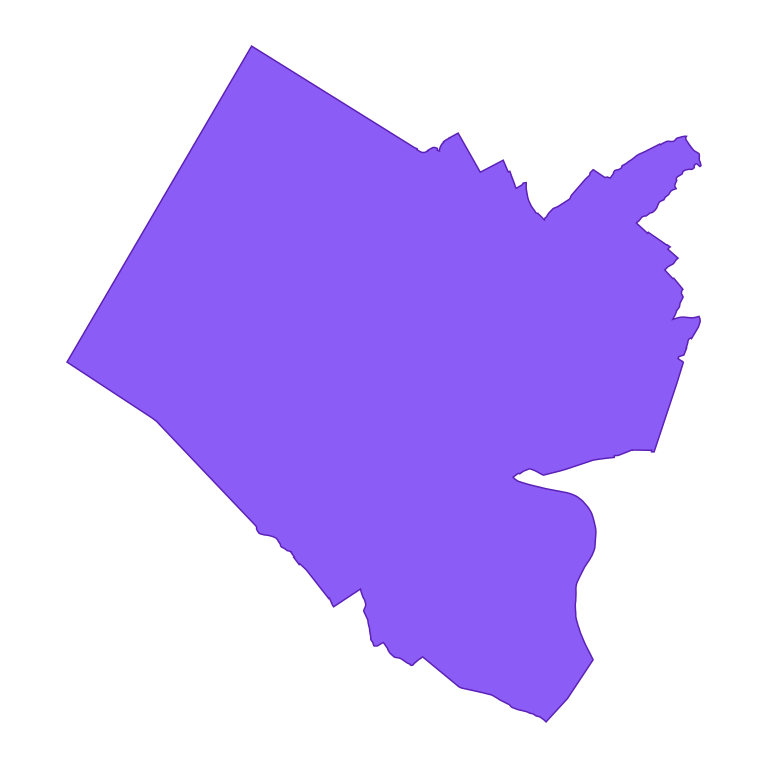 outline of Katwijk, Zuid-Holland, Netherlands
{"feature_id": "6326949B10451218555657", "entity_name": "Katwijk", "entity_type": "district", "adm_level": 2, "iso_a3": "NLD", "parent_name": "Netherlands", "parent_adm1": "Zuid-Holland", "projection": "albers", "projection_center": [4.44, 52.19], "detail": "fine", "context": "isolated", "style": "filled", "palette": "violet", "viewbox_px": 768, "rotation_deg": 0, "n_neighbors": 0, "source": "geoboundaries", "source_scale": "gbopen_adm2", "svg_char_len": 6118}
<svg xmlns="http://www.w3.org/2000/svg" viewBox="0 0 768 768"><path d="M546.1,721.9L548.8,718.9L567.5,698.5L593.1,659.8L589.3,652.1L586.1,646.0L584.4,642.3L583.0,639.0L580.3,632.5L579.2,628.7L578.1,625.8L577.6,623.9L576.4,619.5L575.9,617.3L575.8,615.6L575.7,612.5L575.4,608.8L575.3,605.4L575.3,604.0L575.7,601.2L576.0,593.7L575.9,587.9L576.5,584.0L577.1,582.5L577.7,581.0L580.2,575.8L584.7,566.9L589.4,559.9L592.0,555.4L593.8,551.1L594.4,549.3L594.8,547.8L594.9,546.8L595.2,543.0L595.4,539.5L595.8,534.5L595.9,531.2L595.6,528.4L595.3,526.7L594.9,525.0L594.1,521.6L593.2,518.0L591.8,513.7L590.8,511.7L588.5,507.9L587.3,506.4L582.9,501.3L582.1,500.5L577.9,497.2L576.1,496.1L574.4,495.3L572.3,494.4L568.8,493.2L566.8,492.7L545.9,488.7L529.0,484.6L522.0,482.5L519.0,481.5L517.7,481.0L516.4,480.1L514.7,478.9L513.1,477.2L517.6,473.7L518.1,473.5L518.8,473.4L519.7,473.8L523.6,471.1L529.8,468.7L534.8,470.6L537.9,472.2L542.3,474.7L543.6,475.1L560.2,470.9L566.4,469.1L592.9,460.2L599.0,459.2L606.9,458.2L614.3,457.4L614.3,455.9L614.5,455.6L617.5,455.5L618.3,455.4L630.1,450.8L631.1,450.2L632.2,450.3L632.2,450.0L649.4,450.3L651.6,450.2L651.4,451.8L654.1,451.9L676.9,383.2L683.3,362.5L683.0,361.8L678.6,359.1L678.7,358.9L678.1,358.6L678.7,356.7L683.9,355.0L686.6,348.1L686.2,348.0L687.6,343.4L688.2,340.3L688.7,339.5L689.4,338.7L690.4,338.0L691.5,338.7L698.5,326.9L700.2,321.5L699.9,318.6L699.0,316.4L696.1,317.2L692.5,317.9L689.7,317.7L683.9,317.1L680.9,317.2L679.1,317.5L677.1,318.0L672.7,319.4L675.1,315.0L675.4,314.3L676.4,311.5L676.9,310.4L679.2,307.3L679.5,306.6L680.0,303.4L680.4,302.5L683.0,297.4L683.1,296.9L681.4,293.6L681.6,291.5L681.9,290.6L682.3,289.9L682.9,289.3L673.8,278.2L672.8,278.6L664.7,269.9L665.6,269.2L667.7,267.0L669.4,265.9L672.5,264.3L673.3,263.7L673.9,263.1L675.6,260.6L676.7,259.3L678.1,258.2L667.9,249.2L669.3,247.4L670.2,246.9L667.0,244.7L666.5,244.9L666.2,244.7L648.3,232.3L647.7,233.4L636.3,223.0L638.8,221.0L641.6,217.5L642.4,216.8L644.2,216.1L645.9,216.0L646.4,215.8L650.0,213.0L651.9,212.6L652.6,212.3L654.0,211.2L655.4,209.8L656.8,207.8L657.6,205.6L658.0,204.7L659.0,202.6L659.6,201.9L659.9,201.6L663.8,199.8L663.7,199.6L664.1,199.3L665.0,197.7L665.6,196.9L668.7,194.5L670.4,191.7L670.9,191.1L672.7,189.9L674.6,189.2L676.1,188.8L676.2,188.7L676.1,188.3L675.2,187.2L674.9,186.7L674.8,185.7L675.1,184.2L675.4,183.3L676.7,180.7L676.7,180.2L676.3,179.0L676.3,178.2L676.5,177.9L677.5,176.7L681.8,174.2L682.3,173.7L682.9,171.5L684.6,170.4L686.0,169.9L688.9,169.3L691.7,169.4L692.5,169.1L694.0,167.9L694.2,167.7L694.2,166.0L694.4,165.2L695.5,164.2L696.4,163.7L696.9,163.9L699.8,166.4L700.0,166.5L700.6,166.0L700.9,165.6L701.0,165.4L700.9,165.1L700.6,163.9L700.4,162.8L699.5,160.5L699.3,159.7L699.2,158.6L699.4,155.9L699.2,154.3L699.0,153.7L698.2,153.1L694.0,150.6L692.2,148.5L689.8,145.3L686.3,140.2L686.0,139.5L685.8,138.9L685.7,137.9L685.7,137.6L686.5,136.3L686.0,136.2L683.6,136.4L681.8,136.8L678.1,137.8L676.7,138.3L676.4,138.5L674.9,140.4L673.9,141.1L672.9,141.4L671.4,141.5L667.7,141.2L666.8,141.4L663.3,143.0L662.4,143.5L660.6,144.8L659.9,144.0L644.7,151.7L639.1,154.2L636.7,155.6L632.6,158.9L630.8,160.2L629.3,161.1L625.8,163.7L623.7,164.9L622.5,165.5L622.2,165.7L621.8,166.3L621.6,167.5L621.4,167.9L620.3,168.7L619.3,169.3L615.1,170.4L614.8,170.5L614.4,171.1L613.7,172.1L613.4,173.1L613.4,173.6L613.0,174.3L611.9,175.7L610.5,177.7L610.1,178.0L607.2,177.0L605.3,177.5L604.9,177.5L599.8,174.1L593.6,169.9L593.4,169.7L593.0,169.8L590.0,172.9L589.9,173.9L589.7,174.9L589.0,175.9L588.0,176.7L585.0,179.6L580.8,184.5L571.6,195.1L571.0,195.9L570.2,198.1L569.7,199.0L559.9,205.3L557.0,207.0L554.1,208.1L553.0,208.7L549.2,212.6L547.6,214.8L546.5,216.8L546.1,217.2L544.9,218.1L544.3,219.9L540.6,216.0L539.2,214.8L537.9,213.3L537.3,213.3L536.6,213.2L536.1,212.9L535.7,212.6L535.3,212.1L535.0,211.3L532.1,207.3L530.9,205.3L528.6,200.4L527.7,197.2L526.6,191.1L526.3,189.0L526.2,187.5L526.2,182.6L523.3,183.0L523.0,183.6L521.7,185.1L516.2,188.3L515.5,187.1L514.5,184.0L511.6,176.3L509.9,171.3L508.2,171.9L503.2,160.2L480.3,172.2L458.1,133.1L450.1,137.5L449.4,137.7L449.5,138.0L445.7,140.1L443.5,141.7L443.8,142.1L442.7,143.2L441.8,144.2L441.0,145.6L440.4,146.8L439.9,148.2L439.5,149.4L439.3,150.4L439.3,150.7L439.4,151.0L437.3,150.3L437.4,149.2L437.4,148.7L437.2,148.3L437.0,148.2L435.1,147.6L433.9,147.4L432.7,147.6L427.7,150.4L428.0,150.8L425.3,152.2L424.4,152.4L423.1,152.5L421.8,152.3L420.9,152.0L420.1,151.6L416.8,149.6L417.2,148.8L414.4,147.6L251.6,46.1L67.0,362.1L151.8,417.8L156.3,421.1L255.3,525.3L256.6,526.9L256.6,527.4L256.5,528.1L256.6,529.0L257.0,530.1L257.7,531.3L259.0,533.2L260.1,533.8L264.3,534.9L267.9,535.3L270.5,535.9L273.6,536.9L275.2,537.7L275.8,537.8L277.8,540.1L278.2,541.1L280.3,544.2L280.6,545.9L281.3,546.8L282.0,547.3L283.4,547.9L284.1,548.3L285.6,549.3L287.2,550.6L288.7,550.9L289.7,551.3L290.6,551.4L291.3,551.9L291.5,552.2L291.1,552.5L294.3,556.9L293.7,557.3L299.2,564.6L299.9,563.8L306.3,569.9L328.8,598.6L329.4,598.1L332.4,604.9L333.6,606.8L360.5,589.0L361.1,591.8L361.9,594.0L362.9,597.1L364.2,599.2L364.5,599.9L365.7,603.9L365.6,605.3L365.5,606.3L364.9,607.7L364.2,609.2L363.7,610.7L363.8,611.1L363.9,611.6L364.5,612.9L367.3,618.8L367.9,620.5L368.1,622.6L368.7,625.5L369.5,628.4L369.7,631.0L370.0,632.4L370.1,633.7L370.5,635.4L370.7,636.6L370.7,638.7L370.8,639.5L371.6,640.9L372.6,642.1L373.8,645.7L374.0,645.9L374.2,646.0L377.2,646.0L382.3,643.0L383.2,642.5L384.0,643.4L384.6,644.2L387.7,648.8L387.9,649.8L389.2,652.0L389.8,652.9L391.6,654.7L394.3,657.0L394.8,657.3L399.2,658.0L400.1,658.3L401.5,659.0L405.8,662.0L407.3,663.0L408.7,663.7L410.1,664.2L410.3,664.4L410.5,665.1L410.9,665.3L412.0,665.3L413.0,665.0L414.0,663.7L414.8,662.9L419.1,659.3L420.8,658.3L421.5,657.6L422.7,656.9L438.3,669.8L458.7,686.6L459.7,687.2L461.0,687.8L462.3,688.2L483.1,692.8L490.1,694.6L490.3,694.4L492.9,695.6L497.0,698.0L500.0,700.0L507.7,703.9L509.2,704.5L511.3,706.9L512.0,707.4L517.8,709.6L521.4,710.4L525.8,711.5L527.6,712.1L529.9,713.2L533.2,713.9L535.8,715.8L536.7,716.1L539.3,716.7L540.5,717.3L544.1,720.0L546.1,721.9Z" fill="#8b5cf6" stroke="#5b21b6" stroke-width="1.5"/></svg>